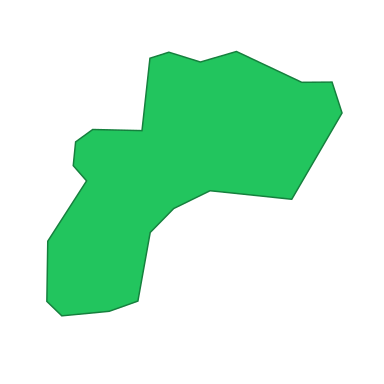 the border of Slough, rotated 281°
{"feature_id": "GBR-5704", "entity_name": "Slough", "entity_type": "Unitary Authority", "adm_level": 1, "iso_a3": "GBR", "parent_name": "United Kingdom", "parent_adm1": "", "projection": "natural_earth1", "projection_center": [-0.575, 51.482], "detail": "fine", "context": "isolated", "style": "filled", "palette": "green", "viewbox_px": 384, "rotation_deg": 281, "n_neighbors": 0, "source": "natural_earth", "source_scale": "10m", "svg_char_len": 423}
<svg xmlns="http://www.w3.org/2000/svg" viewBox="0 0 384 384"><g transform="rotate(281 192 192)"><path d="M116.2,59.8L182.8,86.4L195.2,70.4L219.0,68.2L234.4,82.6L242.7,131.2L315.3,125.2L324.8,142.6L321.2,175.4L338.4,208.8L320.6,278.8L326.6,308.5L298.2,324.2L203.9,291.3L196.7,209.5L172.3,177.2L144.3,158.7L74.6,159.7L59.1,133.5L45.6,87.8L56.9,70.4L116.2,59.8Z" fill="#22c55e" stroke="#15803d" stroke-width="1.5"/></g></svg>